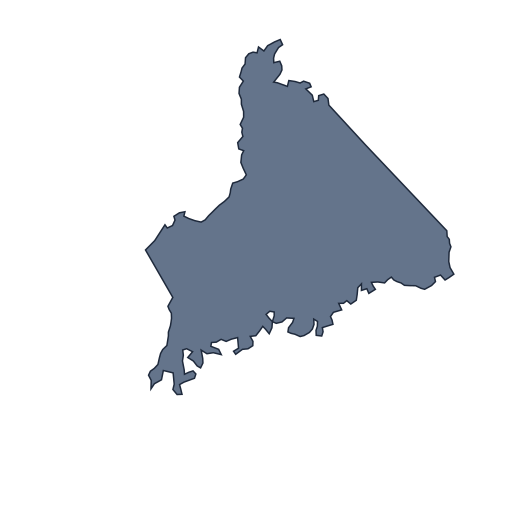 outline of Espigão Alto do Iguaçu, Paraná, Brazil, rotated 46°
{"feature_id": "56859067B3703545459584", "entity_name": "Espigão Alto do Iguaçu", "entity_type": "district", "adm_level": 2, "iso_a3": "BRA", "parent_name": "Brazil", "parent_adm1": "Paraná", "projection": "natural_earth1", "projection_center": [-52.784, -25.384], "detail": "fine", "context": "isolated", "style": "filled", "palette": "slate", "viewbox_px": 512, "rotation_deg": 46, "n_neighbors": 0, "source": "geoboundaries", "source_scale": "gbopen_adm2", "svg_char_len": 2968}
<svg xmlns="http://www.w3.org/2000/svg" viewBox="0 0 512 512"><g transform="rotate(46 256 256)"><path d="M198.1,98.8L192.7,94.8L186.6,94.7L184.2,99.5L187.3,103.0L185.1,107.2L179.4,103.8L170.4,104.1L172.6,98.8L169.0,97.4L163.3,100.3L162.2,104.1L157.6,106.7L152.6,110.5L155.8,115.6L146.2,120.3L143.2,122.5L141.9,112.5L140.2,108.1L137.1,105.4L132.4,103.6L129.3,108.9L125.9,105.9L123.6,102.3L121.7,95.0L122.5,90.1L117.1,88.2L114.9,93.9L112.8,101.5L114.0,107.9L107.4,109.0L110.6,114.1L107.3,116.5L105.5,120.7L106.1,125.8L110.3,130.5L111.1,135.5L113.1,138.7L115.8,143.6L121.4,143.6L123.1,150.7L127.3,155.3L133.0,157.6L136.7,161.1L143.4,164.5L147.6,168.5L150.4,176.0L154.7,177.0L157.1,180.2L160.9,182.4L161.7,190.4L167.0,194.0L171.7,191.7L173.3,196.1L178.2,201.9L183.8,204.2L190.9,206.6L191.8,211.7L189.7,217.7L187.4,222.1L190.3,227.7L192.7,230.7L194.8,234.3L194.8,240.9L194.0,247.0L194.0,252.5L194.1,257.6L194.1,261.8L194.7,267.5L193.5,271.9L188.2,275.4L182.4,278.3L177.2,280.2L174.8,276.4L171.7,281.1L170.4,287.5L173.9,289.3L176.1,294.9L174.2,300.4L170.3,299.8L174.6,318.2L174.9,331.3L228.0,344.6L231.0,354.3L234.3,355.7L238.3,356.6L242.1,360.0L244.5,363.0L246.8,366.1L249.9,371.9L252.7,374.6L258.5,382.3L258.5,388.1L259.8,392.3L262.2,396.3L265.9,401.9L266.2,407.3L265.5,412.0L267.1,416.1L272.7,417.8L278.6,423.8L277.3,417.8L279.4,410.0L274.0,402.2L282.5,396.8L291.4,403.9L294.3,408.5L300.8,409.0L304.1,405.3L299.3,402.5L295.4,400.3L296.7,395.4L301.2,385.2L299.1,381.2L294.9,381.1L293.0,385.0L291.4,389.6L288.2,386.9L280.4,381.8L276.9,377.2L272.7,374.0L274.5,370.3L280.8,368.1L281.6,375.6L288.1,374.0L294.2,374.7L298.0,373.6L296.1,368.5L292.7,365.5L285.6,360.8L292.2,359.2L295.9,353.9L302.8,349.5L297.2,347.7L289.6,351.2L287.3,348.1L290.4,344.4L291.7,339.0L296.7,336.8L298.7,331.5L301.9,325.9L310.2,332.6L308.9,338.3L312.6,338.9L313.7,330.6L317.2,326.2L318.3,320.6L315.3,317.5L309.8,316.0L313.2,311.5L312.4,305.6L311.3,300.0L315.3,300.0L321.1,300.5L318.7,294.4L314.6,289.8L318.5,288.2L321.5,283.1L321.8,277.0L327.2,272.0L329.2,275.8L330.2,282.4L332.8,285.8L336.0,284.5L339.2,282.4L344.6,280.2L346.6,276.7L348.1,270.7L347.7,266.2L345.5,261.8L341.5,258.3L345.8,257.2L349.2,260.7L351.2,264.5L354.9,267.8L359.2,264.3L357.1,260.4L353.6,258.0L356.0,253.2L358.6,248.1L354.9,245.8L351.3,244.5L350.3,239.4L354.3,231.8L347.5,229.4L350.8,225.9L351.2,221.7L356.4,221.2L357.5,214.6L353.9,209.9L349.5,204.8L349.3,199.5L354.0,204.1L356.5,199.0L361.3,200.8L362.9,193.3L359.0,192.6L355.1,191.3L359.3,186.4L364.7,182.2L364.5,177.7L365.2,173.3L369.0,173.5L372.3,172.4L376.1,170.4L380.2,169.6L384.1,166.0L388.3,161.8L393.9,159.7L397.1,157.8L399.2,150.2L399.1,144.7L395.3,142.4L397.9,136.5L404.6,136.7L405.6,132.1L406.5,126.3L399.2,124.5L393.9,121.2L387.4,114.5L384.8,109.4L381.4,108.0L378.3,105.4L374.8,105.0L370.4,101.2L252.4,100.1L198.1,98.8ZM314.6,289.8L309.8,289.8L305.0,289.3L305.3,284.5L308.9,281.8L311.7,284.5L314.6,289.8Z" fill="#64748b" stroke="#1e293b" stroke-width="1.5"/></g></svg>